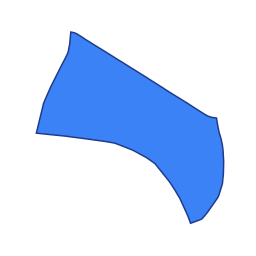 Samphanthawong, Bangkok Metropolis, Thailand, rotated 353°
{"feature_id": "78962969B78328018981933", "entity_name": "Samphanthawong", "entity_type": "district", "adm_level": 2, "iso_a3": "THA", "parent_name": "Thailand", "parent_adm1": "Bangkok Metropolis", "projection": "albers", "projection_center": [100.51, 13.738], "detail": "fine", "context": "isolated", "style": "filled", "palette": "blue", "viewbox_px": 256, "rotation_deg": 353, "n_neighbors": 0, "source": "geoboundaries", "source_scale": "gbopen_adm2", "svg_char_len": 1437}
<svg xmlns="http://www.w3.org/2000/svg" viewBox="0 0 256 256"><g transform="rotate(353 128 128)"><path d="M217.1,128.9L213.0,127.8L210.6,126.9L208.6,125.8L206.5,124.3L205.0,123.1L201.8,120.5L196.1,115.8L192.8,113.0L191.5,111.9L190.1,110.7L187.4,108.6L178.3,101.3L178.1,101.1L176.3,99.7L173.1,97.1L171.4,95.7L169.2,93.9L167.7,92.5L165.8,91.0L164.1,89.6L161.7,87.6L161.2,87.2L160.9,87.0L159.5,85.8L157.7,84.4L155.5,82.5L154.7,81.9L154.0,81.3L151.9,79.5L151.1,78.9L146.0,74.8L143.8,73.0L141.5,71.1L139.5,69.6L136.9,67.4L135.5,66.3L135.0,65.9L133.6,64.7L130.0,61.8L126.4,59.0L124.3,57.3L123.4,56.5L120.8,54.4L119.8,53.6L116.7,51.1L115.7,50.2L113.0,48.1L112.5,47.7L109.5,45.3L107.2,43.5L106.6,43.0L103.1,40.2L99.8,37.5L96.6,34.9L94.3,32.9L88.7,28.3L86.8,27.2L85.9,26.8L84.0,26.1L82.9,25.8L80.3,37.8L78.6,42.9L78.0,44.9L76.9,47.0L74.8,50.3L69.6,57.8L56.1,78.1L49.2,89.7L47.1,93.5L36.4,122.0L64.8,128.4L73.2,130.6L85.7,133.8L94.7,136.2L104.5,138.8L113.0,141.4L129.9,150.5L142.4,159.4L142.9,159.8L150.5,166.7L155.9,175.5L159.5,181.3L162.9,186.9L167.4,196.2L169.0,200.0L170.8,203.9L175.4,218.4L176.6,222.4L178.5,230.2L186.1,228.4L189.7,227.5L191.2,226.5L191.5,226.2L193.9,224.0L196.3,221.7L199.2,218.5L208.6,208.1L210.0,205.7L213.9,197.2L215.0,194.5L216.6,187.3L217.2,184.5L218.6,174.9L218.9,172.6L219.6,161.8L219.6,156.1L219.0,149.9L217.9,143.4L217.3,135.8L217.1,130.7L217.1,128.9Z" fill="#3b82f6" stroke="#1e3a8a" stroke-width="1.5"/></g></svg>